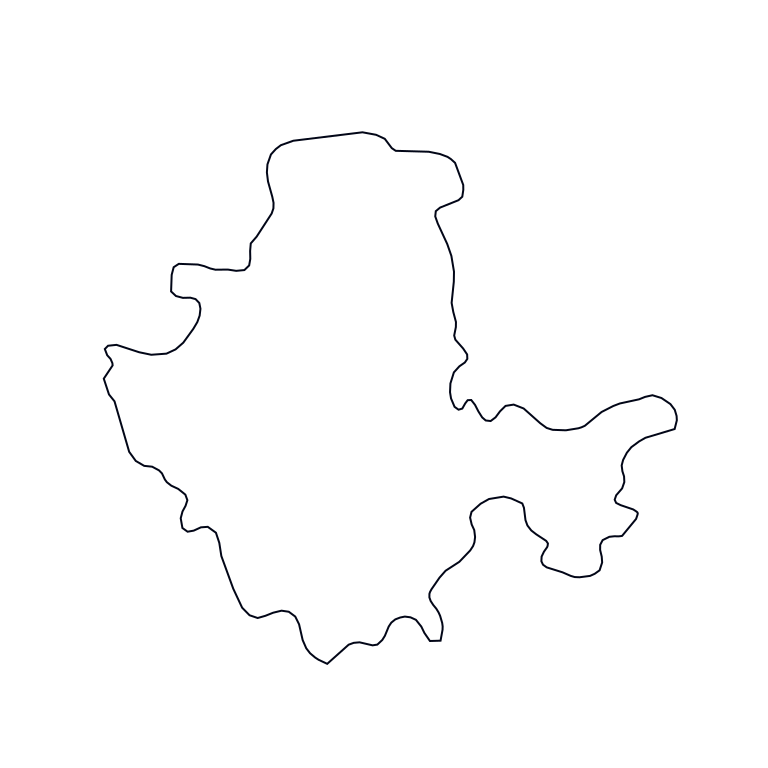 the Province of Sétif, rotated 159°
{"feature_id": "DZA-2215", "entity_name": "Sétif", "entity_type": "Province", "adm_level": 1, "iso_a3": "DZA", "parent_name": "Algeria", "parent_adm1": "", "projection": "albers", "projection_center": [5.383, 36.112], "detail": "fine", "context": "isolated", "style": "outline", "palette": "ink", "viewbox_px": 768, "rotation_deg": 159, "n_neighbors": 0, "source": "natural_earth", "source_scale": "10m", "svg_char_len": 3286}
<svg xmlns="http://www.w3.org/2000/svg" viewBox="0 0 768 768"><g transform="rotate(159 384 384)"><path d="M144.9,278.4L137.4,277.3L130.0,271.5L123.8,262.6L121.8,255.7L122.3,249.3L123.6,245.2L128.8,237.8L159.2,240.1L166.3,239.0L175.7,236.4L181.9,232.8L188.0,227.4L191.3,222.8L192.7,217.1L193.0,211.7L194.8,206.3L199.1,201.2L207.1,196.9L210.1,193.3L209.9,189.8L206.5,186.1L196.3,177.6L194.4,175.0L193.5,173.5L193.4,172.4L194.1,171.2L197.0,167.7L216.1,156.9L217.3,157.1L219.6,157.7L223.5,159.3L228.4,160.6L235.8,159.9L239.8,156.4L241.7,151.6L242.6,144.8L244.3,139.2L249.5,132.8L255.3,131.3L260.4,131.0L270.7,133.5L275.1,135.4L278.4,137.9L284.8,144.2L297.8,154.5L300.3,158.3L300.6,162.1L298.7,166.4L294.8,170.1L290.2,173.2L289.3,174.2L288.1,176.4L288.8,179.4L295.8,189.2L299.0,194.5L300.8,200.5L300.7,206.2L297.7,218.3L297.7,222.9L306.3,231.6L312.7,236.0L327.2,239.0L336.7,237.6L348.1,233.3L351.5,228.4L352.5,221.4L352.1,215.3L353.8,208.5L356.3,203.8L358.9,200.8L363.2,197.7L377.4,191.0L393.4,187.6L401.6,183.3L413.3,175.3L415.6,173.3L416.8,171.8L418.1,168.5L418.2,164.7L417.2,160.0L415.7,155.5L414.9,151.1L414.7,147.4L415.3,140.1L416.1,136.7L417.4,133.6L423.2,124.1L433.2,127.6L435.5,137.1L436.1,144.1L438.7,152.4L442.9,156.7L447.9,159.4L452.6,160.2L457.8,160.2L462.7,158.6L466.5,155.9L473.4,148.6L477.4,145.6L483.6,143.1L488.3,144.1L499.4,151.6L505.0,153.2L510.4,153.3L537.3,143.1L543.9,150.0L546.3,153.3L549.5,159.1L551.3,165.1L551.7,174.1L549.4,190.1L550.2,198.7L554.5,205.5L560.9,209.1L569.4,210.2L577.8,210.1L585.8,210.8L592.4,216.3L596.6,226.0L598.1,246.9L597.5,281.7L594.7,294.7L594.2,305.4L599.7,313.8L606.3,315.8L614.2,315.3L620.3,316.5L623.8,321.8L621.9,331.5L617.8,337.2L612.9,341.4L609.2,346.0L609.1,351.9L613.7,359.8L619.0,365.3L621.9,370.1L622.8,373.4L623.3,380.1L625.0,384.0L630.1,389.9L637.2,393.5L643.3,401.1L646.2,412.0L641.8,464.4L644.5,472.8L643.7,489.4L630.7,498.6L630.1,500.8L630.3,505.4L632.1,510.0L632.1,516.7L627.9,518.6L619.7,516.4L601.2,501.4L590.8,494.7L576.2,490.3L566.2,491.0L556.6,494.5L542.3,503.8L536.1,508.7L531.6,513.9L528.4,520.0L527.4,525.8L529.5,530.8L533.9,534.0L540.9,536.5L546.7,540.7L549.6,546.7L543.1,562.0L538.5,568.4L532.5,569.7L514.9,562.2L509.5,558.4L504.9,554.2L500.4,551.1L488.8,546.8L481.4,542.6L473.5,540.4L467.4,543.0L464.0,548.7L461.3,556.2L458.0,563.0L450.1,567.2L427.8,583.4L424.3,587.6L422.2,592.7L421.2,598.8L419.7,614.7L417.5,623.5L414.1,630.8L407.3,638.8L400.8,642.1L394.7,643.9L381.5,643.6L313.9,626.7L302.1,619.5L295.4,612.6L292.2,601.4L289.5,597.5L259.0,584.8L249.4,578.7L243.3,573.3L241.0,570.1L238.4,565.0L238.7,541.4L240.4,536.8L243.8,530.8L248.6,528.9L268.4,528.6L273.7,526.8L276.1,522.1L276.3,514.5L274.8,492.0L275.2,479.4L278.4,463.8L282.2,454.4L291.8,435.5L293.5,426.4L294.6,416.1L296.5,411.4L301.1,404.1L301.5,399.8L297.4,388.8L295.8,381.8L297.2,377.6L300.8,375.1L307.3,373.5L314.6,369.8L321.8,360.7L325.3,352.7L326.6,346.5L326.3,337.4L323.6,333.3L319.7,333.0L315.1,336.8L311.7,338.9L308.3,337.8L306.5,331.9L305.7,324.6L304.3,317.6L302.1,313.5L297.7,311.2L291.8,312.9L285.5,316.9L278.4,320.0L270.3,318.3L262.4,311.1L252.2,291.4L247.9,284.7L243.0,280.8L230.8,275.6L218.4,273.0L215.2,272.8L211.5,273.0L190.9,279.9L177.8,281.3L170.8,281.3L151.4,278.3L144.9,278.4Z" fill="none" stroke="#020617" stroke-width="2"/></g></svg>